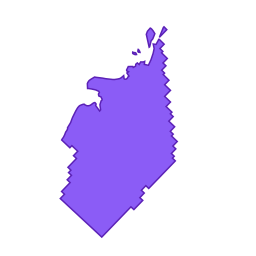 outline of Dillingham, Alaska, United States of America, rotated 134°
{"feature_id": "52423323B44097334117837", "entity_name": "Dillingham", "entity_type": "district", "adm_level": 2, "iso_a3": "USA", "parent_name": "United States of America", "parent_adm1": "Alaska", "projection": "natural_earth1", "projection_center": [-159.172, 59.691], "detail": "fine", "context": "isolated", "style": "filled", "palette": "violet", "viewbox_px": 256, "rotation_deg": 134, "n_neighbors": 0, "source": "geoboundaries", "source_scale": "gbopen_adm2", "svg_char_len": 2666}
<svg xmlns="http://www.w3.org/2000/svg" viewBox="0 0 256 256"><g transform="rotate(134 128 128)"><path d="M224.7,71.1L197.1,71.1L182.7,71.1L182.6,67.1L169.8,67.1L169.9,71.1L164.5,71.1L163.5,71.1L163.5,75.1L157.1,75.1L157.1,71.1L127.7,71.1L118.8,71.1L118.8,75.1L116.2,75.1L116.2,79.1L109.8,79.1L109.8,83.2L103.5,83.2L103.5,91.2L101.0,91.2L101.0,95.3L94.7,95.3L94.7,103.4L88.4,103.4L88.4,107.4L86.1,107.4L86.1,115.5L79.8,115.5L79.8,123.6L71.4,123.6L71.4,131.7L65.2,131.7L65.1,139.8L63.1,139.8L63.0,143.9L56.9,143.9L56.9,148.0L50.7,148.0L50.6,156.1L48.7,156.1L48.7,160.2L42.6,160.2L42.5,167.7L42.4,167.8L43.6,167.2L48.4,165.9L50.1,168.2L52.7,164.4L56.8,161.8L62.9,158.9L68.7,156.9L70.9,160.4L68.5,162.3L69.8,162.8L71.7,164.8L74.6,164.1L74.7,166.5L76.8,166.7L78.3,165.5L80.8,166.3L80.4,167.3L83.6,170.5L87.3,169.3L87.8,168.5L87.2,166.7L89.2,167.0L90.0,163.4L90.3,163.4L90.8,163.5L91.5,163.4L92.8,163.1L93.3,163.1L94.3,163.4L94.8,163.9L95.1,164.3L95.3,164.9L95.2,165.3L94.8,165.6L93.3,167.5L95.6,167.7L96.4,167.8L97.3,168.0L98.4,168.4L100.3,169.7L102.5,171.4L103.7,172.7L107.9,178.1L109.9,181.1L113.9,186.4L114.5,187.4L115.1,187.6L118.9,188.6L120.6,188.9L121.2,188.9L123.0,188.6L124.3,188.1L127.7,184.5L127.0,183.8L125.3,181.4L123.1,177.8L121.9,174.5L122.4,173.2L123.1,173.1L123.7,173.0L124.1,172.8L124.7,172.1L125.2,171.2L125.2,170.8L125.0,170.6L124.8,170.0L124.5,169.4L124.4,169.2L124.5,168.9L125.3,166.6L126.1,166.1L126.7,166.2L127.1,166.2L130.7,164.4L134.0,160.3L135.5,160.2L134.3,166.9L132.9,167.6L132.7,168.9L132.7,169.3L132.7,169.5L133.2,169.9L133.7,170.1L134.6,170.4L136.7,170.7L137.9,171.0L138.7,171.4L139.6,172.0L140.5,173.0L140.8,173.7L141.2,174.9L141.3,175.5L141.2,175.7L141.3,175.9L141.4,176.2L142.5,177.0L143.4,177.4L144.9,178.1L145.6,178.3L146.5,178.4L148.3,178.3L149.7,178.0L152.1,177.4L158.7,175.3L160.7,174.5L163.6,173.2L164.5,172.9L169.8,171.7L170.1,171.4L170.3,171.1L170.5,170.9L172.2,170.3L174.2,170.0L177.0,168.8L179.9,167.9L180.4,167.9L181.1,167.8L182.0,167.6L182.7,167.4L182.6,156.1L179.7,156.1L179.6,148.0L185.8,148.0L185.7,143.9L198.0,143.9L198.0,139.8L201.4,139.8L201.3,135.8L207.5,135.8L207.5,131.7L219.8,131.7L219.8,127.7L225.8,127.7L224.7,71.1ZM40.4,179.5L40.5,181.1L40.7,181.4L44.9,181.2L47.9,179.9L55.2,168.9L54.6,168.8L49.3,171.9L46.6,172.1L41.5,174.2L40.7,177.3L40.4,179.5ZM31.1,172.4L36.9,170.1L41.0,168.4L30.3,168.4L30.2,172.4L31.1,172.4ZM68.6,174.6L68.8,175.2L69.7,176.3L70.1,177.3L70.8,176.8L71.1,176.3L70.9,175.5L70.5,174.3L69.9,173.4L69.2,172.9L68.9,173.5L68.6,174.6ZM64.2,175.0L64.4,175.3L65.9,174.3L66.2,173.8L66.1,172.9L65.3,171.9L64.7,172.9L64.6,173.7L64.2,175.0Z" fill="#8b5cf6" stroke="#5b21b6" stroke-width="1.5"/></g></svg>